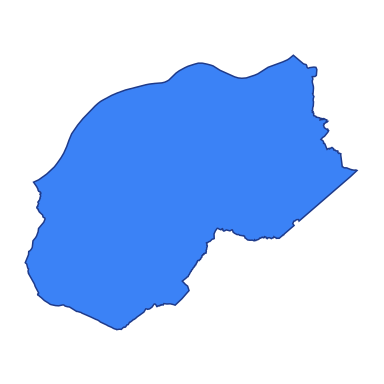 Gjøvik nor, Oppland, Norway, rotated 272°
{"feature_id": "86288312B91511415851123", "entity_name": "Gjøvik nor", "entity_type": "district", "adm_level": 2, "iso_a3": "NOR", "parent_name": "Norway", "parent_adm1": "Oppland", "projection": "orthographic", "projection_center": [10.396, 60.872], "detail": "fine", "context": "isolated", "style": "filled", "palette": "blue", "viewbox_px": 384, "rotation_deg": 272, "n_neighbors": 0, "source": "geoboundaries", "source_scale": "gbopen_adm2", "svg_char_len": 5958}
<svg xmlns="http://www.w3.org/2000/svg" viewBox="0 0 384 384"><g transform="rotate(272 192 192)"><path d="M196.3,33.3L192.0,36.5L189.6,37.9L188.7,38.0L187.3,38.8L187.2,39.1L187.2,39.7L186.4,40.6L186.1,40.4L185.5,41.0L185.0,40.9L184.9,40.4L184.5,40.1L183.8,40.6L182.5,40.9L181.4,40.3L180.6,40.6L180.1,40.2L178.7,39.9L177.9,39.2L177.4,39.2L176.7,38.4L176.1,38.4L175.1,39.1L172.8,38.2L172.4,38.4L171.5,37.4L170.5,37.6L169.7,38.3L169.4,39.0L168.6,39.0L166.6,40.2L166.5,40.6L166.1,40.8L163.8,43.5L161.8,44.0L161.7,44.4L161.3,44.7L161.0,45.7L159.9,46.1L156.6,44.9L150.2,39.9L146.9,39.6L142.6,38.2L140.8,37.2L137.7,34.8L131.1,34.3L129.6,33.6L128.3,32.7L127.2,31.6L126.9,30.9L123.7,30.8L115.5,27.8L114.3,29.3L110.2,30.5L109.5,31.3L107.2,30.9L106.1,31.1L105.1,31.6L104.9,31.4L94.6,37.7L92.1,38.6L85.7,42.3L84.5,41.3L83.7,41.5L83.8,41.9L83.6,42.1L82.5,43.2L81.2,45.0L78.4,48.2L76.0,52.4L74.9,54.0L74.6,54.7L73.7,59.6L73.6,62.8L74.7,67.0L74.6,67.8L73.6,69.1L73.0,71.5L72.8,73.6L68.6,80.9L68.6,81.8L67.7,85.4L67.2,86.0L63.5,95.4L61.4,100.2L60.8,102.1L59.6,104.1L58.9,104.9L56.2,111.2L55.4,112.6L53.9,116.5L52.9,118.3L52.3,120.1L52.3,120.9L51.8,121.5L52.3,124.0L52.3,125.7L52.2,126.1L54.4,128.3L54.6,129.0L54.4,129.5L54.8,130.3L56.9,131.6L57.3,132.9L59.6,134.1L59.5,134.4L60.4,135.6L62.2,137.7L62.5,137.8L62.6,138.5L63.7,140.0L65.2,141.5L70.3,148.1L73.6,149.9L73.6,150.9L73.2,151.6L73.7,153.7L75.7,156.2L78.5,157.9L78.8,158.8L78.4,159.5L77.0,160.5L76.3,160.7L76.3,161.2L77.0,162.1L76.9,162.4L77.2,162.9L77.3,163.6L77.2,163.7L77.7,164.1L77.6,164.4L78.1,164.9L78.0,165.1L78.2,165.4L78.0,165.6L78.4,166.2L78.1,166.7L78.1,167.2L79.5,167.8L79.2,170.8L79.5,174.2L78.8,177.6L78.3,179.1L84.9,185.6L93.4,192.5L97.8,190.9L99.4,188.7L102.6,185.4L106.2,189.6L106.8,190.0L107.2,190.9L107.6,191.2L108.7,191.5L109.4,192.1L112.1,193.3L112.6,193.9L113.8,194.2L114.5,194.8L114.5,195.0L116.3,195.9L117.0,196.7L117.8,196.9L118.1,197.1L118.1,197.4L118.8,197.5L119.4,198.4L119.8,198.3L120.6,198.9L121.1,198.9L121.8,199.5L122.8,199.6L123.2,200.0L123.6,200.1L123.9,200.6L123.8,201.0L124.0,201.3L123.8,201.5L125.0,202.5L125.0,202.8L126.5,203.4L127.4,204.2L128.8,204.2L129.2,204.8L129.6,204.9L129.5,205.3L129.9,205.9L130.8,205.9L130.9,206.2L130.8,206.7L131.3,207.0L131.3,207.4L131.5,207.6L131.4,208.0L131.6,208.3L132.2,208.1L133.3,208.4L134.1,208.1L135.5,208.7L136.8,208.6L137.5,209.0L138.8,209.2L139.4,208.6L140.2,208.8L141.7,208.2L141.9,208.5L141.7,209.0L143.0,210.6L143.2,211.6L145.5,213.8L145.7,214.3L145.7,214.7L146.2,215.8L150.9,215.5L154.1,216.8L156.6,218.5L156.5,219.4L155.7,220.7L155.6,221.4L155.3,221.9L155.4,222.6L156.0,223.0L156.4,223.6L155.9,224.1L154.8,224.2L154.1,225.0L154.2,225.7L155.3,227.7L154.5,231.2L154.8,231.9L155.6,233.1L155.5,233.7L153.2,234.6L153.2,235.0L152.4,235.6L151.8,237.0L151.1,238.2L151.0,238.9L151.2,239.6L151.0,240.2L150.4,241.2L150.3,242.4L150.2,242.8L150.2,243.5L150.0,244.2L150.2,244.8L149.7,245.4L149.7,246.0L147.8,246.7L147.8,247.1L146.4,248.8L145.9,249.7L146.0,250.6L145.8,251.4L146.0,254.0L145.4,255.7L146.4,256.2L145.7,256.8L145.7,257.5L146.3,258.0L146.4,258.8L146.6,259.0L146.7,259.6L147.1,260.3L147.6,260.9L148.2,261.2L148.4,261.6L148.2,261.8L148.3,262.3L149.2,263.5L149.1,263.8L149.3,264.4L148.8,264.7L148.7,265.2L148.8,265.6L149.2,266.0L149.8,266.1L149.6,266.5L149.7,266.8L149.3,267.7L148.5,267.9L148.6,268.4L148.0,268.8L148.2,269.1L148.9,269.6L149.1,270.9L148.8,271.5L148.8,271.9L148.2,272.8L148.2,273.1L149.1,274.2L149.0,274.6L149.1,274.9L150.1,275.4L149.7,275.7L149.7,276.2L149.4,276.8L149.4,277.3L148.6,277.9L148.8,279.0L148.7,279.2L148.7,279.9L148.9,280.2L148.8,280.8L151.4,283.6L151.7,284.3L152.3,284.4L152.5,285.3L153.2,285.6L162.1,295.2L163.9,293.8L166.4,294.8L166.6,295.8L168.0,297.4L168.1,298.6L168.2,299.3L167.9,299.6L166.7,300.0L212.9,349.8L219.3,356.2L219.6,355.6L219.5,355.2L219.7,354.7L219.4,353.5L219.6,353.1L219.5,352.6L219.8,351.2L219.7,350.9L220.1,350.1L220.1,349.5L220.5,348.7L220.5,348.3L220.8,347.9L221.1,346.7L221.5,346.0L221.5,343.1L222.4,341.9L222.5,341.3L234.6,339.3L235.3,339.5L236.0,337.9L235.7,337.3L235.9,337.1L236.7,336.3L237.9,336.5L238.0,336.3L238.2,335.6L238.1,335.0L238.2,334.5L238.3,334.1L238.7,333.9L239.0,333.3L238.8,332.7L239.1,332.1L240.3,332.0L240.6,331.4L241.4,330.3L240.0,328.1L240.4,328.0L240.1,327.2L240.2,326.7L239.3,325.5L244.5,323.2L245.2,322.7L245.2,321.8L246.3,321.8L247.1,321.5L247.9,320.9L249.0,319.0L251.0,320.6L252.3,322.5L256.4,325.6L258.0,326.4L258.3,325.7L259.0,325.8L259.6,325.4L259.1,324.8L260.9,322.0L263.3,321.1L264.1,321.7L264.8,321.5L265.9,323.3L266.5,323.4L266.5,324.4L267.3,325.1L267.3,324.5L267.7,324.0L268.0,324.0L268.5,324.3L268.8,324.2L268.8,323.6L270.0,321.2L269.9,320.4L269.4,320.6L269.6,320.0L269.0,319.9L269.1,319.2L269.5,318.9L269.9,319.2L270.0,318.8L269.8,318.7L269.7,318.3L268.8,318.5L268.5,317.5L269.5,317.7L270.5,317.3L271.1,314.1L271.0,313.6L271.8,313.3L272.4,311.8L272.4,311.2L272.6,310.9L275.0,310.9L275.6,309.8L275.8,310.1L276.5,310.3L277.3,309.2L277.7,309.6L280.6,309.7L282.1,310.2L286.5,310.3L287.4,309.9L289.3,309.9L291.7,310.5L292.6,309.9L294.7,309.1L294.9,309.6L295.1,309.6L300.0,309.8L301.8,309.6L305.5,308.5L307.5,308.3L308.5,308.8L309.9,308.7L311.3,308.1L311.5,308.1L311.7,310.8L312.8,312.2L318.7,312.5L320.9,311.5L321.1,309.5L320.4,305.2L319.8,304.0L319.9,303.5L320.5,302.7L322.4,302.2L323.3,301.6L323.9,299.2L324.3,298.5L332.2,288.5L328.9,284.8L327.5,282.9L325.2,278.2L319.3,263.7L312.4,253.7L310.9,250.5L307.9,242.3L307.6,239.7L307.4,237.8L307.6,234.3L308.6,230.5L314.6,215.8L318.8,208.6L319.5,206.2L320.3,202.7L321.1,198.0L321.0,193.8L319.8,189.9L317.6,183.8L316.0,180.6L312.7,175.0L310.3,171.9L303.0,164.9L301.9,163.1L300.8,160.9L300.0,158.0L299.2,151.0L298.4,145.8L297.6,142.3L291.6,121.9L288.3,113.7L285.8,108.4L280.5,99.3L279.2,97.3L277.2,94.9L274.6,92.2L261.6,80.5L254.9,75.4L246.0,69.7L239.6,67.3L233.0,65.2L226.4,62.5L221.8,60.0L215.8,56.1L212.3,53.6L204.8,46.1L198.8,38.3L196.3,33.3Z" fill="#3b82f6" stroke="#1e3a8a" stroke-width="1.5"/></g></svg>